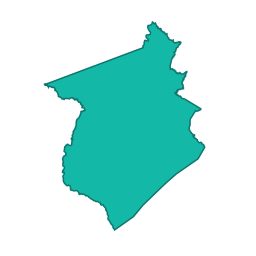 Nyimba, Eastern, Zambia, rotated 340°
{"feature_id": "96606910B94036775861358", "entity_name": "Nyimba", "entity_type": "district", "adm_level": 2, "iso_a3": "ZMB", "parent_name": "Zambia", "parent_adm1": "Eastern", "projection": "robinson", "projection_center": [30.526, -14.393], "detail": "fine", "context": "isolated", "style": "filled", "palette": "teal", "viewbox_px": 256, "rotation_deg": 340, "n_neighbors": 0, "source": "geoboundaries", "source_scale": "gbopen_adm2", "svg_char_len": 5653}
<svg xmlns="http://www.w3.org/2000/svg" viewBox="0 0 256 256"><g transform="rotate(340 128 128)"><path d="M80.5,219.2L102.7,213.2L115.7,205.6L142.3,193.7L157.5,187.7L183.3,180.9L193.4,172.4L193.5,172.1L193.2,171.3L193.3,170.7L193.5,170.3L192.8,168.8L192.2,168.3L192.0,167.8L192.1,166.8L191.7,166.4L190.0,166.2L189.4,165.5L188.8,163.5L189.1,162.9L188.4,162.1L188.4,161.5L187.6,160.5L186.9,160.2L186.9,159.7L186.5,159.2L186.5,158.5L186.8,158.6L187.2,158.0L187.8,158.2L188.1,157.2L186.6,156.8L186.7,155.8L186.0,155.0L185.9,154.0L185.4,153.1L185.0,149.9L185.5,149.1L185.4,148.8L187.4,146.4L189.0,141.7L189.7,140.8L197.4,134.9L198.0,135.6L199.7,135.9L202.5,135.6L203.0,134.9L191.3,120.3L189.1,118.8L188.6,117.9L188.5,117.1L187.8,115.7L186.8,115.9L186.4,114.9L186.5,114.5L186.0,114.1L185.6,114.1L185.6,113.5L185.2,113.7L185.0,113.4L185.1,112.4L184.2,112.0L184.0,111.6L184.6,110.8L186.3,111.2L186.6,109.9L187.3,110.2L187.6,109.1L187.9,109.0L188.3,109.5L189.5,109.2L190.1,109.6L191.4,109.6L192.2,109.9L193.1,109.7L193.5,109.9L193.5,109.3L193.8,109.1L193.5,108.6L193.8,108.4L194.0,108.0L194.4,106.2L194.2,105.0L193.9,105.0L194.0,104.5L194.3,104.2L194.7,102.9L195.0,102.7L195.3,102.8L195.6,102.6L196.3,101.7L196.7,101.7L196.7,101.4L196.5,100.8L196.9,100.6L197.0,100.8L197.4,101.0L198.2,99.7L198.9,99.5L199.1,99.2L199.7,99.2L199.7,98.7L199.8,98.8L200.3,98.0L200.4,97.3L200.7,97.2L201.3,96.4L202.1,96.0L202.4,95.5L202.5,95.1L201.7,95.1L199.3,95.9L197.5,96.0L196.4,95.4L196.4,95.2L195.9,94.6L196.1,94.4L195.8,93.7L195.2,94.0L194.5,93.8L194.2,94.2L193.9,94.1L193.8,93.7L193.5,93.7L193.4,93.3L192.8,93.5L192.3,93.1L192.4,92.7L192.0,92.2L192.3,91.1L191.7,90.7L191.9,90.5L191.5,90.0L191.5,89.4L190.5,89.1L190.3,88.0L189.9,88.1L189.6,87.4L189.4,87.4L189.1,87.7L188.4,87.3L187.9,87.4L188.8,84.0L193.1,77.6L193.8,77.5L193.9,77.1L194.4,76.6L194.6,76.6L194.7,76.8L195.5,76.5L195.5,75.8L196.7,75.5L197.3,75.0L197.4,73.0L197.1,72.5L197.5,72.4L197.7,72.8L198.6,72.4L199.6,71.4L199.5,70.9L200.6,70.0L201.1,69.1L202.5,69.1L202.8,68.5L205.1,67.0L205.3,67.1L205.4,66.8L205.7,66.7L205.8,66.4L206.1,66.5L206.9,65.8L206.8,65.2L206.1,64.9L205.9,64.5L203.3,64.4L202.0,64.0L201.5,64.2L200.5,63.5L200.1,62.0L200.5,60.9L199.5,61.1L199.3,60.6L198.2,60.1L197.9,59.6L197.5,59.4L196.8,58.7L196.8,58.3L196.7,58.0L197.0,57.4L196.5,56.7L196.3,55.5L196.5,53.1L196.8,52.9L196.8,52.7L196.1,52.9L195.8,52.6L195.4,52.8L195.0,52.5L194.8,51.4L195.0,51.1L194.5,50.9L194.6,50.1L194.0,50.0L193.4,49.3L193.5,48.9L193.2,48.5L192.3,47.8L192.7,47.3L192.7,46.8L192.9,46.4L192.8,46.0L192.3,46.1L192.2,45.4L191.6,45.3L191.6,45.7L191.4,45.8L191.0,45.1L190.3,44.7L190.6,44.2L190.2,44.0L190.0,43.4L190.2,43.1L190.5,43.3L190.6,43.1L190.5,42.6L190.0,42.5L189.6,42.2L189.8,41.2L189.6,40.6L189.7,39.9L189.6,38.9L189.1,39.2L188.5,38.8L188.2,38.9L188.2,38.3L187.8,38.1L187.6,37.4L187.2,36.8L186.2,38.2L185.1,38.8L183.7,39.0L182.0,38.6L181.5,39.0L181.0,39.8L180.9,41.3L181.2,44.0L181.8,45.3L181.8,46.0L181.5,46.7L180.9,47.4L180.1,47.6L177.2,47.0L176.6,47.3L176.1,49.2L177.3,52.1L177.0,52.9L176.8,53.0L175.9,52.9L174.5,51.6L173.6,51.5L172.3,53.4L171.8,55.0L170.0,56.1L169.8,56.8L169.8,57.7L68.1,58.7L64.5,58.3L64.6,59.2L65.2,59.7L66.1,59.9L66.7,60.7L67.0,60.5L67.0,61.7L67.3,61.9L67.3,62.3L67.7,61.8L68.3,61.7L69.0,62.5L69.8,62.7L70.0,63.4L70.4,63.8L72.3,64.5L72.3,65.0L73.0,65.9L73.1,66.3L72.9,66.7L72.5,66.9L72.2,67.6L72.3,67.8L73.0,68.0L73.3,69.5L73.8,70.0L74.0,71.2L73.7,72.4L73.8,73.1L73.4,74.6L74.2,75.0L74.3,75.5L75.2,75.9L76.1,78.3L77.5,78.2L77.6,78.4L77.4,79.0L77.7,79.3L78.7,78.7L79.2,78.8L81.7,79.8L82.9,80.6L85.1,80.1L85.6,80.4L86.0,80.4L86.3,80.7L86.6,80.8L86.7,81.4L86.5,81.7L86.7,82.1L87.3,82.3L87.6,83.1L87.9,82.6L88.3,83.5L89.2,83.5L89.5,83.1L89.9,83.1L89.9,83.8L90.1,83.9L90.3,84.3L89.9,84.6L89.8,85.2L90.4,85.5L90.4,86.4L90.7,86.7L90.7,87.1L91.5,87.6L92.2,87.7L92.0,88.9L91.7,89.2L92.2,89.9L92.0,90.2L92.3,91.1L92.9,91.2L93.2,91.5L93.0,92.0L92.4,92.0L91.7,93.1L93.1,93.9L93.5,94.2L93.7,94.9L93.8,96.3L93.5,96.7L93.0,96.8L92.0,96.4L91.1,97.0L90.1,96.4L89.4,96.5L89.2,96.8L89.0,97.9L87.8,98.9L87.3,100.1L86.7,100.2L85.7,101.3L84.8,101.7L84.5,102.2L83.4,102.3L82.4,103.1L81.9,103.9L81.4,104.5L81.4,105.3L80.7,106.1L80.5,107.2L79.5,108.8L78.7,109.4L78.5,110.2L77.9,110.5L77.1,111.4L76.2,111.8L75.8,112.4L75.1,112.8L74.9,113.5L75.2,114.0L73.0,115.9L72.9,116.4L73.1,117.1L72.6,117.7L71.2,118.4L71.0,118.9L71.1,119.5L71.9,119.3L72.3,119.9L70.9,121.0L69.7,123.7L69.0,124.7L68.3,124.9L67.2,124.4L66.3,123.7L65.9,122.8L65.4,122.5L64.6,123.0L64.2,123.0L64.1,123.3L63.4,123.4L63.0,123.9L62.1,124.1L60.7,126.9L60.1,127.6L60.0,128.2L60.7,129.2L60.9,130.2L60.7,131.3L60.3,132.3L60.1,132.5L59.1,132.3L57.8,132.6L56.0,134.6L55.7,136.5L55.8,137.7L55.5,138.1L54.8,138.5L54.3,140.4L53.9,141.1L54.2,141.8L54.8,142.4L54.8,143.1L54.2,144.5L52.1,145.6L51.9,146.4L51.4,146.9L51.3,147.4L51.6,147.7L52.6,147.5L52.8,147.9L52.8,148.3L52.2,149.6L50.3,151.0L50.1,153.0L49.1,155.8L49.4,158.3L50.8,161.3L51.6,161.6L52.5,161.3L53.7,162.6L53.7,163.9L53.0,165.9L52.9,166.4L53.3,166.9L56.2,168.8L58.7,169.3L59.7,171.9L59.3,172.9L59.5,173.7L60.0,174.0L61.4,173.7L62.0,174.0L62.2,174.6L62.5,174.8L64.0,175.1L65.3,177.4L66.4,177.6L66.8,178.1L67.3,178.8L67.6,179.8L68.2,180.4L68.5,181.4L70.2,183.0L70.8,184.4L71.9,184.9L72.5,185.9L73.3,186.4L74.6,186.8L75.6,188.5L76.3,188.9L76.4,189.9L76.2,190.6L76.4,191.0L76.8,191.4L77.5,191.4L78.5,191.8L78.4,192.7L79.5,195.6L79.5,196.8L79.1,197.1L79.1,197.5L79.8,199.8L79.4,201.2L79.1,201.6L79.1,202.4L79.5,203.6L79.1,204.8L78.2,206.2L78.0,206.7L78.1,207.4L78.8,208.8L79.0,209.7L79.1,212.1L80.3,214.6L80.3,215.4L79.8,216.4L80.4,218.0L80.5,219.2Z" fill="#14b8a6" stroke="#0f766e" stroke-width="1.5"/></g></svg>